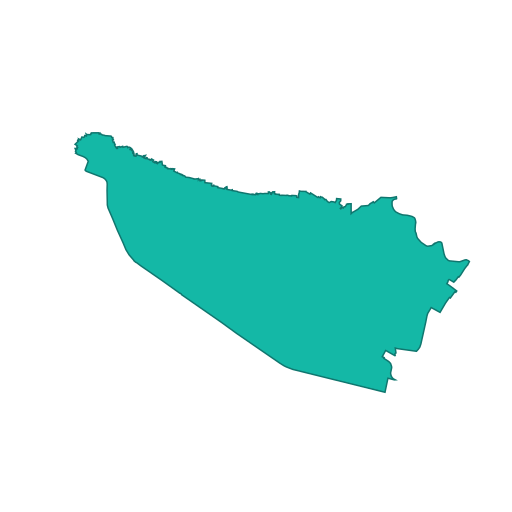 the district of Sector 3, Bucharest, Romania, rotated 17°
{"feature_id": "2599482B73874901058237", "entity_name": "Sector 3", "entity_type": "district", "adm_level": 2, "iso_a3": "ROU", "parent_name": "Romania", "parent_adm1": "Bucharest", "projection": "natural_earth1", "projection_center": [26.157, 44.418], "detail": "fine", "context": "isolated", "style": "filled", "palette": "teal", "viewbox_px": 512, "rotation_deg": 17, "n_neighbors": 0, "source": "geoboundaries", "source_scale": "gbopen_adm2", "svg_char_len": 6000}
<svg xmlns="http://www.w3.org/2000/svg" viewBox="0 0 512 512"><g transform="rotate(17 256 256)"><path d="M461.7,198.9L460.6,198.4L458.2,198.1L456.9,198.7L452.6,201.9L451.8,202.2L442.4,204.1L441.1,204.0L438.0,202.4L436.8,201.2L435.1,198.8L430.1,189.6L429.6,189.0L428.5,188.6L426.8,188.9L425.7,189.5L423.8,191.4L423.5,191.2L423.2,191.5L422.4,192.6L422.7,192.7L421.0,194.7L419.3,195.5L417.3,196.5L415.8,196.5L410.0,194.7L405.4,191.9L404.2,190.6L402.4,187.4L401.2,186.1L400.2,183.5L399.2,178.9L399.1,177.6L398.9,177.6L398.6,176.2L397.3,174.1L396.4,173.2L394.0,172.6L392.2,172.6L388.9,172.8L384.2,173.8L380.7,173.7L376.9,173.0L375.2,172.1L373.8,171.0L371.7,168.5L370.9,166.5L370.3,164.4L370.2,163.9L370.8,162.4L371.3,161.7L372.2,161.0L373.5,160.4L373.7,160.1L372.9,158.3L369.6,160.1L367.4,161.1L358.3,163.4L353.6,170.6L352.3,169.8L351.6,170.6L351.8,170.8L350.2,172.1L349.7,172.8L349.8,172.9L348.6,174.9L342.1,177.5L339.8,181.5L335.9,185.8L335.7,185.8L334.6,187.7L331.7,178.2L328.5,179.3L328.7,179.6L327.4,180.1L327.5,180.8L326.9,182.7L325.8,183.2L325.4,184.6L324.3,184.3L323.3,186.1L322.7,185.8L323.3,184.6L323.7,183.0L323.5,182.8L320.7,182.0L320.0,180.4L320.9,178.5L320.4,176.7L316.3,177.5L316.7,179.5L316.5,179.9L316.0,181.8L314.9,181.5L312.0,181.9L310.7,183.3L310.2,183.5L308.4,183.0L306.3,181.5L305.1,182.0L304.8,181.5L302.2,180.4L301.4,180.6L300.4,180.4L300.3,181.6L298.4,181.1L298.1,182.0L289.7,179.7L289.5,181.1L284.7,179.9L284.7,179.7L280.1,181.0L278.5,181.1L278.9,183.5L278.7,184.2L278.9,185.4L279.6,187.7L277.8,188.0L277.4,186.7L276.6,186.6L272.5,187.6L272.3,187.8L272.4,188.2L272.1,188.2L269.7,188.8L268.9,188.6L267.9,188.8L267.9,189.0L267.4,189.2L263.0,190.3L263.0,190.5L260.6,191.1L260.3,190.2L256.8,191.2L256.8,190.9L255.5,191.0L255.0,189.1L253.2,189.8L253.4,190.6L252.6,190.8L252.7,192.3L252.3,192.4L252.4,192.6L252.0,192.6L251.7,191.4L251.2,191.3L250.3,191.5L250.1,190.8L249.1,191.1L249.5,192.7L246.2,193.6L244.5,194.4L241.8,194.9L241.4,195.1L241.3,195.4L239.6,195.9L239.8,196.7L239.1,196.8L238.8,195.8L237.9,195.9L237.8,196.1L238.0,197.0L237.3,197.2L237.4,197.6L235.4,198.1L235.3,197.7L234.2,197.9L234.3,198.4L220.3,200.0L219.1,199.7L214.1,200.4L213.9,199.6L213.6,199.8L213.7,200.2L208.7,200.8L208.5,199.4L208.2,199.4L207.9,198.2L207.7,198.3L207.8,199.0L207.0,199.1L207.1,199.8L206.3,199.9L206.5,200.9L205.9,201.2L205.3,201.3L205.3,201.1L199.4,201.8L199.2,200.8L195.6,201.2L194.8,201.1L194.8,200.7L194.4,200.8L194.5,201.9L193.3,202.0L192.6,201.3L192.4,199.5L185.7,200.8L184.9,198.5L182.1,199.1L182.2,199.4L181.0,199.7L181.2,200.2L180.4,200.4L180.0,199.0L178.9,199.5L178.6,199.1L178.5,199.5L178.3,198.9L174.5,200.5L174.4,200.3L169.1,200.5L165.6,201.2L164.7,200.4L164.4,200.3L162.8,200.2L162.8,200.5L162.4,200.5L162.5,200.1L161.2,199.7L160.8,199.7L160.7,200.1L159.7,200.1L159.4,199.6L156.5,199.5L156.3,199.0L155.7,199.4L152.6,198.8L152.7,196.5L151.0,196.8L151.1,197.3L150.2,197.5L149.8,197.2L149.2,197.3L149.4,197.8L146.5,197.9L146.5,198.3L145.8,198.4L145.0,197.5L144.3,197.7L143.8,197.6L143.8,197.3L143.6,197.3L143.3,197.3L143.3,197.7L142.9,197.6L142.9,196.1L140.5,196.4L139.9,196.3L138.3,193.0L136.5,193.7L136.8,194.5L136.1,194.8L136.0,194.6L135.0,195.2L135.0,195.5L134.8,195.5L134.8,196.0L134.5,196.0L134.5,196.5L134.1,196.4L134.1,195.8L133.7,195.8L133.7,196.3L133.2,196.3L133.2,195.0L131.7,195.2L131.6,196.4L129.7,195.9L129.9,194.2L129.0,194.1L127.9,193.7L127.6,195.1L127.0,195.1L126.7,194.9L126.7,194.7L126.3,194.6L126.2,195.1L124.2,194.8L123.8,194.5L123.3,194.4L123.2,194.7L122.9,194.7L123.0,193.9L122.5,193.9L122.2,195.1L121.0,194.8L121.0,195.0L120.5,195.0L120.7,194.1L120.5,193.8L120.9,192.1L119.7,192.8L119.3,192.9L119.3,194.5L118.3,194.5L118.3,193.9L112.7,194.2L112.3,192.9L111.6,193.2L112.0,195.7L110.3,195.9L110.2,195.2L109.6,195.4L109.3,193.7L108.3,194.0L108.2,193.9L108.2,193.6L108.0,193.3L108.3,193.0L108.0,192.7L108.5,192.3L108.3,192.1L107.3,191.1L106.3,191.5L106.0,191.1L106.7,190.6L105.9,189.9L105.4,190.5L104.5,191.0L104.3,190.8L105.2,189.6L104.2,189.1L102.6,189.0L101.7,189.9L100.9,188.9L100.2,189.0L97.1,190.9L96.6,190.1L96.1,190.2L95.9,190.7L94.7,191.2L94.4,190.7L94.7,191.5L94.3,191.8L93.6,191.2L91.4,192.3L92.1,193.6L91.4,193.9L90.6,193.4L88.3,191.2L88.6,190.4L88.1,190.3L87.0,188.6L86.3,189.1L84.8,187.0L85.6,186.5L84.9,185.8L84.5,184.6L83.4,184.9L83.0,184.2L82.3,183.7L76.5,185.0L75.4,184.9L73.5,185.2L72.9,184.8L72.1,184.7L71.5,184.9L71.2,184.5L71.1,185.0L70.3,185.2L69.8,184.1L62.8,186.3L62.8,186.8L62.3,186.9L62.4,188.3L58.8,189.3L57.9,189.0L58.4,189.8L58.7,190.8L57.0,190.9L57.0,192.4L56.6,192.9L54.7,193.1L54.3,196.2L52.3,195.9L52.8,196.5L52.6,196.9L51.8,197.0L51.6,197.4L51.7,197.9L52.5,198.2L50.3,202.1L52.9,202.9L52.7,204.2L53.6,204.4L53.4,204.8L53.6,205.3L53.3,205.2L53.1,206.3L52.4,206.5L52.0,206.0L51.6,206.1L53.0,207.7L52.7,208.6L53.9,209.5L53.4,210.4L56.2,211.1L61.6,211.4L64.1,211.9L66.0,212.8L67.9,214.5L67.4,223.7L67.7,224.1L68.9,224.6L86.9,225.8L88.8,226.4L90.7,227.6L91.9,228.9L92.7,230.8L94.4,236.9L98.2,248.5L98.9,250.7L100.5,253.4L108.1,262.3L115.9,271.9L125.0,282.2L129.8,288.0L134.3,292.0L140.5,295.9L140.6,296.2L142.9,297.2L143.6,297.2L149.1,299.2L173.0,306.8L194.1,313.9L194.7,313.8L195.5,314.1L196.0,314.7L242.1,329.5L260.1,335.7L310.4,351.6L314.9,352.8L317.4,353.2L324.3,353.7L419.2,348.6L417.9,334.3L424.5,334.0L425.3,333.7L423.2,333.3L421.5,332.3L420.1,330.8L419.2,329.2L418.9,328.5L418.4,323.1L417.9,321.9L416.1,319.4L414.0,318.2L408.2,316.5L408.3,315.7L406.2,315.4L407.6,308.4L418.0,310.7L418.2,310.2L417.6,309.5L417.5,308.7L417.7,308.2L418.2,307.8L416.1,303.3L418.0,303.3L437.3,300.2L438.5,297.7L439.3,295.2L439.4,291.8L437.7,270.0L437.0,263.2L437.0,260.7L438.6,254.1L448.5,256.1L451.0,245.6L453.1,239.1L454.1,239.4L456.7,232.0L457.7,232.3L458.2,230.8L450.6,228.0L446.6,226.7L447.1,224.5L446.9,223.2L447.4,222.1L447.9,222.0L452.8,223.2L453.4,221.8L453.5,221.9L454.2,220.5L455.5,216.7L456.2,216.9L457.2,214.5L459.2,207.2L460.8,203.0L461.2,202.4L461.1,202.0L461.7,198.9Z" fill="#14b8a6" stroke="#0f766e" stroke-width="1.5"/></g></svg>